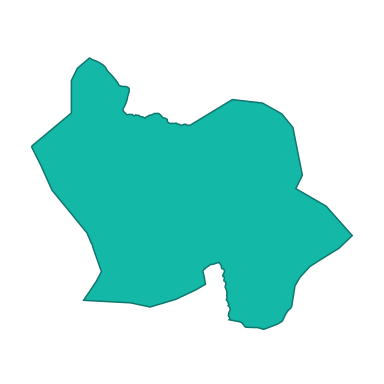 the district of Bayanchandmani, Töv, Mongolia, rotated 174°
{"feature_id": "93677404B83020582148290", "entity_name": "Bayanchandmani", "entity_type": "district", "adm_level": 2, "iso_a3": "MNG", "parent_name": "Mongolia", "parent_adm1": "Töv", "projection": "robinson", "projection_center": [106.239, 48.215], "detail": "fine", "context": "isolated", "style": "filled", "palette": "teal", "viewbox_px": 384, "rotation_deg": 174, "n_neighbors": 0, "source": "geoboundaries", "source_scale": "gbopen_adm2", "svg_char_len": 3219}
<svg xmlns="http://www.w3.org/2000/svg" viewBox="0 0 384 384"><g transform="rotate(174 192 192)"><path d="M311.1,95.6L264.8,88.2L245.7,82.0L219.5,86.9L198.3,94.3L188.3,98.8L188.6,104.6L188.7,106.5L189.0,108.6L189.3,110.2L189.4,112.3L188.9,113.0L187.9,113.9L187.0,114.4L186.0,115.4L185.0,115.7L183.3,116.6L182.4,117.2L181.5,117.9L180.7,117.9L179.7,118.0L178.4,117.9L177.1,118.2L175.3,118.7L173.7,118.9L172.6,119.3L172.3,118.4L171.1,116.9L170.6,115.2L170.6,114.1L170.4,113.2L170.1,112.5L169.1,112.4L168.5,111.8L168.1,111.0L168.1,110.1L168.1,109.3L168.5,108.4L169.4,107.1L170.2,105.8L170.1,104.9L169.4,104.3L168.9,104.1L168.7,103.5L168.9,102.7L169.3,101.8L169.6,100.9L169.4,100.1L168.5,99.4L168.1,98.8L167.8,97.6L168.1,96.3L168.7,95.1L169.0,94.2L168.9,93.3L168.4,92.2L167.9,90.3L167.8,88.5L167.9,87.0L168.1,86.0L168.4,85.0L168.1,84.0L168.1,83.1L168.4,82.6L169.1,81.7L169.1,80.9L168.6,80.2L167.9,79.7L167.9,79.0L167.6,77.8L167.2,76.8L167.4,76.2L167.7,75.7L168.1,75.2L167.9,74.9L167.4,74.7L167.1,74.5L166.8,73.8L166.4,72.3L166.3,71.0L166.9,69.9L167.7,68.7L168.2,67.4L168.4,66.5L168.7,65.3L168.5,64.2L168.1,63.8L167.6,63.1L167.7,62.3L168.0,61.6L168.6,61.1L158.3,58.0L156.1,56.8L154.8,54.7L153.2,52.2L151.6,51.7L140.6,50.2L135.3,48.0L133.2,48.3L126.7,50.1L121.0,51.6L118.5,52.8L116.9,53.4L115.4,54.5L113.4,57.8L111.8,60.4L110.9,61.7L108.8,64.0L106.4,65.8L104.9,67.6L104.2,70.1L99.4,87.9L93.5,95.9L82.6,105.5L73.4,110.2L51.7,120.7L37.2,131.9L60.1,163.9L88.4,184.5L80.5,197.1L84.9,245.6L94.5,260.3L112.6,273.1L142.3,279.7L186.1,259.0L187.1,258.5L188.6,258.8L189.6,258.7L190.4,259.4L191.0,259.9L192.0,260.2L193.0,260.0L193.6,259.9L194.1,259.8L194.9,259.4L195.8,259.3L196.7,259.9L197.1,260.4L197.7,260.6L198.6,260.9L199.4,261.1L199.8,261.6L200.4,262.1L200.9,262.1L201.1,262.1L202.1,262.1L203.1,262.1L204.7,262.4L205.9,262.5L206.7,262.5L208.0,263.3L208.8,264.0L209.0,265.4L209.1,266.8L209.9,267.4L211.0,268.3L212.3,268.6L213.1,268.9L213.9,269.6L214.4,270.9L215.3,271.8L216.0,272.8L217.0,273.6L218.4,273.8L219.7,273.8L220.8,274.1L222.6,273.4L224.2,272.9L225.4,272.8L226.6,272.8L227.4,272.0L228.8,271.8L229.8,271.3L230.6,270.4L231.2,270.4L231.7,270.8L232.3,271.2L233.3,271.9L234.2,272.1L235.1,272.3L236.0,272.8L236.7,273.7L237.3,273.9L238.0,274.0L239.1,274.3L240.0,274.6L240.7,274.1L241.5,273.9L242.4,274.2L243.1,275.3L244.3,275.5L245.5,275.6L246.6,275.8L247.7,275.6L248.7,275.7L249.4,276.5L250.1,277.6L251.0,278.5L251.8,279.5L252.2,280.4L251.8,281.6L251.4,282.7L250.5,283.8L248.8,286.5L247.0,290.3L246.0,293.6L245.6,294.7L244.0,298.4L243.7,300.8L243.9,301.9L245.3,303.1L246.7,303.8L249.5,304.2L251.6,304.7L253.4,305.7L253.7,306.4L254.4,308.4L255.9,310.8L259.0,315.6L260.3,317.2L262.2,319.8L263.0,320.6L263.8,321.9L264.6,324.3L266.4,326.8L267.4,327.9L268.3,328.5L269.8,329.8L271.3,330.9L272.5,331.5L273.7,332.3L274.3,332.6L274.9,332.9L275.6,333.2L276.5,333.7L277.4,334.1L278.1,334.7L279.0,335.3L280.0,336.0L293.1,327.0L300.3,315.5L303.7,283.2L346.0,254.8L346.1,254.7L346.6,253.9L346.8,253.6L342.5,242.3L339.7,234.8L331.0,208.3L321.2,193.5L318.8,189.9L300.7,162.2L297.4,151.4L296.9,151.3L296.3,147.1L292.7,131.9L290.4,122.3L296.5,113.2L304.3,103.7L308.9,98.4L311.1,95.6Z" fill="#14b8a6" stroke="#0f766e" stroke-width="1.5"/></g></svg>